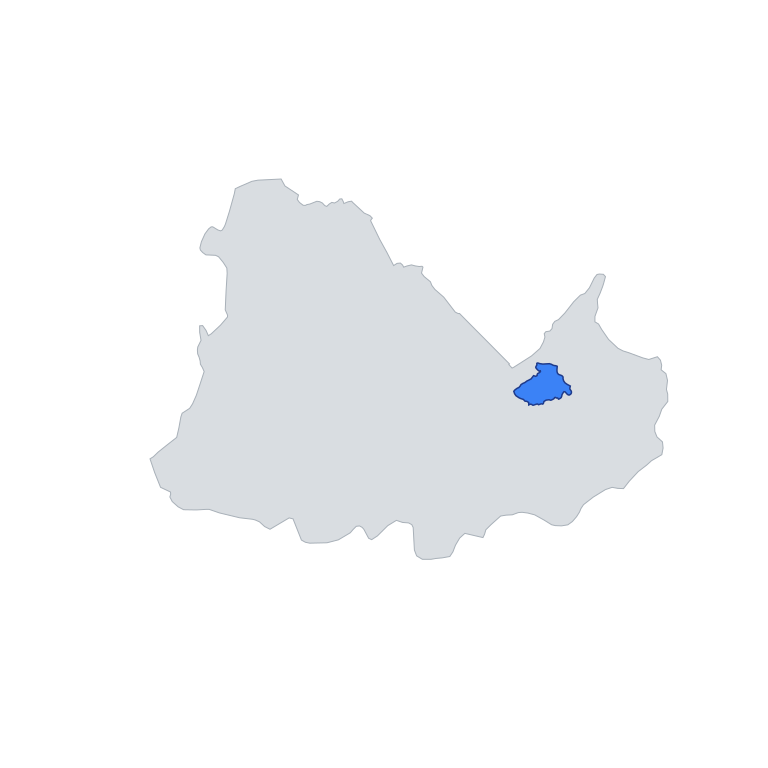 where Bougouriba sits in Burkina Faso, rotated 226°
{"feature_id": "BFA-2832", "entity_name": "Bougouriba", "entity_type": "Province", "adm_level": 1, "iso_a3": "BFA", "parent_name": "Burkina Faso", "parent_adm1": "", "projection": "equal_earth", "projection_center": [-3.423, 10.894], "detail": "fine", "context": "in_parent", "style": "filled", "palette": "blue", "viewbox_px": 768, "rotation_deg": 226, "n_neighbors": 0, "source": "natural_earth", "source_scale": "10m", "svg_char_len": 4601}
<svg xmlns="http://www.w3.org/2000/svg" viewBox="0 0 768 768"><g transform="rotate(226 384 384)"><path d="M536.5,487.6L520.6,488.5L514.9,490.8L511.4,490.8L511.2,488.9L510.8,487.8L490.8,481.3L476.7,477.5L462.5,473.2L461.7,477.2L459.6,479.8L456.6,480.0L454.4,479.3L453.0,482.4L450.6,486.5L447.4,488.4L444.1,490.9L442.3,493.1L441.0,493.2L437.7,488.0L433.4,487.5L425.3,488.4L421.7,486.9L416.7,486.3L405.0,487.3L386.2,485.2L383.1,486.3L382.3,487.3L363.8,487.5L343.3,487.8L326.2,488.0L311.3,488.2L311.3,487.3L306.5,487.2L305.9,489.0L301.7,509.7L301.2,520.9L303.5,527.9L306.0,532.4L308.9,534.2L309.2,536.8L306.9,540.0L307.1,543.3L309.8,546.8L310.4,550.4L309.1,554.2L309.4,563.3L311.4,577.7L311.5,587.0L309.6,591.3L310.5,598.6L314.2,608.9L314.8,613.3L313.5,615.3L310.5,618.0L307.4,617.9L303.7,611.7L302.2,608.9L299.2,602.5L296.7,596.2L293.4,593.4L290.1,590.8L286.1,582.7L282.2,578.9L278.1,580.0L272.2,578.5L260.1,576.5L247.2,577.1L241.8,578.9L236.5,581.8L223.0,588.3L217.7,591.5L213.7,599.6L209.1,599.4L204.6,596.8L201.7,593.2L195.6,594.0L189.6,590.4L183.9,583.4L179.7,581.1L174.3,576.0L172.9,566.3L169.5,559.5L166.4,550.1L161.7,545.8L156.3,543.6L148.9,544.1L144.1,540.3L140.2,534.8L141.3,530.0L143.0,523.2L143.2,516.7L144.4,506.1L143.7,492.8L142.4,483.6L146.5,479.7L151.2,476.3L154.2,470.0L157.3,455.9L158.6,443.7L157.6,439.2L156.1,435.7L154.8,430.4L154.2,424.0L155.0,418.4L158.6,413.2L163.1,408.9L166.3,406.8L174.7,404.7L185.2,401.5L191.3,397.8L195.8,394.2L198.2,391.3L200.8,385.4L204.8,380.8L208.0,376.2L208.5,363.3L208.4,356.0L206.1,352.0L204.8,348.5L220.4,338.4L220.6,331.4L218.4,323.4L215.4,317.0L214.2,311.5L218.5,305.1L222.4,300.2L225.2,296.1L231.3,289.8L237.7,288.1L243.4,290.5L260.5,305.3L263.5,306.3L267.0,305.2L271.5,301.2L277.3,298.2L279.5,288.3L279.3,273.7L280.6,267.0L283.7,265.8L293.5,268.6L296.0,268.7L298.9,267.8L300.9,265.2L300.8,260.5L300.4,256.4L303.6,242.9L309.4,232.7L321.1,220.0L324.8,217.5L329.1,216.2L350.2,224.9L353.6,222.7L358.7,201.1L364.4,199.1L371.3,198.7L375.7,196.9L378.1,195.4L388.1,187.2L405.7,176.0L415.2,171.2L417.0,169.4L423.8,161.5L432.8,152.5L438.6,150.6L446.5,150.0L451.5,151.5L452.9,154.0L454.6,155.4L464.9,151.5L479.8,157.6L492.7,163.7L491.9,167.5L491.9,174.3L490.9,185.0L489.6,197.8L495.0,206.1L501.4,215.0L503.2,218.5L501.5,227.3L502.7,232.5L506.2,241.1L511.9,252.0L517.9,263.3L522.0,264.8L525.8,265.7L528.2,267.7L531.7,269.6L535.1,270.9L538.1,273.4L540.0,275.8L542.5,282.7L549.2,287.3L553.9,291.8L552.0,294.1L546.2,293.2L540.8,291.2L540.1,294.6L539.9,307.3L540.9,317.9L542.2,319.3L547.6,321.3L560.7,335.1L572.6,348.1L576.6,351.5L583.1,352.8L590.5,353.4L593.6,352.2L600.6,345.6L604.4,344.9L607.9,345.0L609.8,346.1L613.2,351.5L616.4,359.6L617.4,365.6L617.1,368.8L616.0,370.0L610.2,371.5L607.7,372.8L607.1,374.5L608.1,378.5L609.2,381.1L615.6,392.8L624.9,408.6L627.8,412.7L626.2,417.4L621.6,429.7L618.2,434.9L602.9,452.4L595.3,450.3L579.4,453.8L577.0,449.8L573.3,449.3L568.7,450.0L567.1,451.5L566.6,453.2L565.0,455.6L562.1,462.6L559.8,464.4L557.0,465.4L553.5,465.3L551.5,466.2L551.5,469.6L550.9,472.6L548.6,474.1L547.6,477.5L547.8,480.7L546.5,482.3L543.5,481.4L541.7,480.5L540.0,484.8L538.0,487.7L536.5,487.6Z" fill="#d9dde1" stroke="#a8b0b8" stroke-width="1"/><path d="M276.0,473.6L277.3,472.9L278.6,472.2L280.5,471.5L283.9,470.8L286.3,471.2L288.6,472.3L288.8,474.2L288.4,476.9L287.8,478.6L287.9,480.4L288.4,482.1L288.0,484.2L287.2,486.3L287.0,487.9L286.8,489.3L286.4,490.2L285.5,493.4L286.1,497.4L284.2,498.4L283.7,500.0L284.4,500.7L284.8,501.7L284.3,503.4L284.2,505.1L284.9,505.6L285.6,504.5L287.3,504.3L289.7,504.4L290.5,504.7L291.1,505.6L291.3,506.7L291.8,507.5L292.6,508.1L292.7,508.6L292.4,509.1L291.7,509.6L290.6,510.1L288.0,512.1L283.7,517.1L281.7,518.2L280.5,518.5L279.3,519.1L277.6,520.4L276.4,520.9L274.1,518.3L272.9,517.2L271.5,516.4L269.7,516.2L266.6,517.7L265.4,517.8L264.6,517.6L263.5,516.5L261.5,515.4L259.1,515.0L256.5,515.5L253.1,516.6L252.0,514.9L251.3,514.2L248.9,513.8L248.0,513.3L247.3,512.4L247.0,511.4L247.1,510.5L247.3,509.7L247.9,509.1L249.1,508.7L252.6,508.8L253.5,508.1L253.2,506.5L252.7,504.7L251.8,503.4L251.2,502.1L251.2,501.4L251.5,499.7L251.9,499.0L252.6,499.1L253.3,499.2L254.3,498.2L255.3,498.0L255.7,497.3L255.4,496.2L255.6,495.0L256.3,493.0L256.8,492.4L257.2,492.2L257.5,492.1L258.0,491.8L259.8,489.4L260.3,487.0L260.0,486.3L259.5,485.6L259.2,484.7L259.4,484.1L260.1,483.7L260.6,483.2L261.0,482.4L261.4,481.5L261.7,480.8L262.9,480.6L263.6,479.7L265.0,476.7L265.6,476.2L266.7,476.1L267.9,475.2L268.4,473.6L270.2,475.2L272.3,474.7L273.7,473.5L274.9,473.5L276.0,473.6Z" fill="#3b82f6" stroke="#1e3a8a" stroke-width="1.5"/></g></svg>